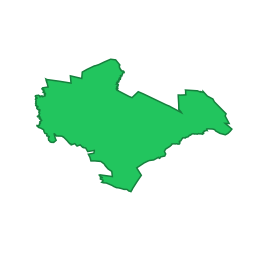 Ķoņu pag., Nauksenu, Latvia, rotated 20°
{"feature_id": "27541924B96049400347386", "entity_name": "Ķoņu pag.", "entity_type": "district", "adm_level": 2, "iso_a3": "LVA", "parent_name": "Latvia", "parent_adm1": "Nauksenu", "projection": "equal_earth", "projection_center": [25.349, 57.938], "detail": "fine", "context": "isolated", "style": "filled", "palette": "green", "viewbox_px": 256, "rotation_deg": 20, "n_neighbors": 0, "source": "geoboundaries", "source_scale": "gbopen_adm2", "svg_char_len": 5538}
<svg xmlns="http://www.w3.org/2000/svg" viewBox="0 0 256 256"><g transform="rotate(20 128 128)"><path d="M75.1,81.2L69.3,87.1L65.9,91.1L67.6,97.3L56.0,98.7L59.1,105.3L46.7,107.7L35.3,110.2L34.3,110.1L35.1,110.9L34.7,111.1L35.9,112.7L36.0,112.6L38.9,116.8L34.0,119.5L34.0,119.8L34.2,120.0L33.9,120.3L33.7,120.6L34.1,120.9L34.8,121.0L35.3,120.9L36.0,121.1L36.2,121.6L35.9,121.8L36.6,122.1L36.4,122.3L36.0,122.3L36.3,122.7L36.2,122.8L36.3,122.9L36.2,123.2L36.8,123.5L36.7,123.6L36.8,123.6L37.5,123.5L37.5,123.8L37.7,124.0L38.3,124.1L38.5,123.9L38.7,124.0L38.8,124.2L38.4,124.5L38.1,124.5L37.9,124.9L38.5,125.2L38.5,125.5L39.0,125.8L39.1,126.1L38.6,126.3L38.2,127.0L37.0,127.2L37.2,127.6L37.2,127.8L36.9,127.9L36.2,127.5L35.6,127.5L35.2,127.9L35.2,128.4L34.5,128.8L34.3,128.8L33.9,128.0L32.6,127.8L31.9,128.3L31.1,128.6L30.1,129.3L30.0,129.8L30.6,130.3L31.0,130.8L31.8,130.7L32.1,130.8L32.3,131.0L32.2,131.4L31.3,132.0L31.2,132.4L31.2,132.7L32.0,133.4L32.5,134.0L32.5,134.7L32.3,134.7L32.3,134.9L32.5,135.1L32.5,135.4L33.3,136.1L32.9,136.9L33.5,137.3L33.7,137.8L33.6,138.2L33.6,138.4L34.0,138.5L34.5,138.3L34.8,138.4L35.0,138.6L35.1,138.9L34.8,139.0L35.1,139.2L35.6,138.8L36.0,138.7L36.2,138.9L35.7,140.1L35.4,140.2L35.4,140.4L35.8,140.9L37.9,141.7L38.1,141.4L37.8,141.1L38.5,140.9L38.9,141.0L39.3,142.2L39.0,143.0L39.0,143.5L38.8,143.6L39.0,143.9L39.9,144.4L39.7,144.9L40.0,145.3L39.9,145.6L39.8,146.1L40.3,146.7L40.2,146.8L39.2,147.6L38.9,148.0L39.2,148.3L39.4,148.4L40.4,148.1L41.0,147.6L41.3,147.6L41.5,147.9L41.6,148.4L42.4,148.7L42.3,148.9L41.4,149.0L41.3,149.3L41.6,149.6L42.4,149.9L43.1,149.8L43.6,150.0L43.8,150.1L43.7,150.4L44.2,150.6L43.0,152.4L43.2,152.7L43.8,153.1L43.6,153.3L43.8,153.6L43.3,153.9L43.7,154.6L43.6,155.2L43.7,155.4L43.4,155.5L43.4,155.8L43.6,156.0L43.3,156.5L42.9,156.5L43.0,156.9L41.6,156.8L41.6,157.0L41.9,157.3L42.8,157.6L43.5,157.9L44.2,158.1L45.2,158.0L46.4,158.0L47.8,158.3L48.9,158.4L49.3,158.6L49.6,158.9L50.0,159.7L51.5,161.3L52.2,161.5L53.4,161.2L53.9,161.3L54.1,161.6L54.2,163.0L54.4,163.2L55.5,163.1L56.3,162.9L56.8,163.0L57.0,163.3L57.0,163.6L56.5,164.4L56.5,164.5L57.3,165.9L57.4,166.3L57.8,166.7L58.7,166.9L59.5,167.6L59.8,167.7L61.1,167.6L61.9,167.4L62.4,167.0L63.1,167.0L64.7,164.1L63.2,162.6L60.6,158.8L60.8,158.6L62.4,159.3L63.4,160.0L68.2,158.4L69.2,158.3L70.2,158.7L70.4,158.5L75.3,160.8L77.6,162.2L77.9,162.2L79.0,162.8L79.6,162.4L80.4,163.3L83.3,160.9L86.3,162.4L88.9,160.2L92.0,161.7L92.6,161.3L93.2,161.7L95.0,161.2L98.2,163.9L104.0,160.6L104.3,161.4L104.5,163.4L99.7,166.2L102.4,168.7L104.4,171.6L108.0,170.3L114.0,168.7L118.1,170.0L119.1,170.9L120.1,171.4L120.0,171.5L123.3,173.3L127.5,174.3L128.2,175.5L129.9,179.0L117.7,181.6L117.1,182.1L118.0,182.7L118.8,183.0L120.8,183.3L120.8,183.5L119.0,183.8L119.5,185.4L122.3,185.6L122.6,186.3L122.2,187.4L121.9,188.0L123.6,187.9L126.5,187.1L132.8,187.4L134.4,187.8L137.6,188.0L139.4,187.5L141.1,187.3L143.4,187.1L144.7,187.1L145.3,187.0L147.6,186.2L148.2,186.1L148.7,186.2L149.2,186.5L150.2,186.9L152.2,186.7L152.5,186.8L153.0,184.3L153.0,183.5L154.9,174.9L156.7,167.9L149.8,162.5L155.1,155.3L158.0,152.3L159.1,151.3L163.1,149.2L166.6,145.2L167.8,145.8L168.3,145.3L168.4,145.1L168.3,144.3L168.4,144.1L172.1,141.8L172.3,139.5L170.3,137.7L170.3,136.7L170.6,134.9L173.7,130.9L174.2,129.7L174.5,129.5L174.7,128.6L175.0,128.1L174.9,127.9L176.6,127.1L177.9,126.8L179.4,126.0L180.4,126.1L181.8,125.4L181.8,125.1L181.9,124.7L181.4,124.1L181.6,123.6L180.9,123.2L180.9,122.9L182.0,122.0L182.3,120.5L182.8,118.6L183.3,118.3L185.4,117.7L185.4,117.1L187.5,115.7L188.0,114.7L188.0,114.2L188.3,113.7L189.3,113.3L189.4,112.7L190.4,111.5L191.3,111.2L191.7,110.9L192.4,111.0L192.8,110.8L193.1,110.6L195.6,109.9L196.1,109.2L197.8,108.9L198.0,108.6L198.7,108.5L199.1,108.5L199.2,108.3L200.2,108.3L200.2,107.9L200.9,107.3L200.9,107.1L200.0,106.8L199.9,106.7L200.2,106.4L200.2,106.2L200.6,105.6L200.8,105.3L200.6,104.9L201.0,104.6L201.2,104.2L201.9,104.1L202.0,103.9L202.3,103.7L202.3,103.4L202.5,103.2L203.1,103.2L202.6,102.7L202.4,102.3L202.3,102.1L202.5,102.0L202.6,101.8L202.9,101.8L203.5,101.4L208.0,100.0L210.0,99.9L211.4,100.8L216.2,101.6L221.7,101.1L221.9,101.0L223.8,98.8L225.2,95.9L226.0,93.5L217.7,90.4L221.5,89.2L215.2,83.5L215.3,81.1L200.2,73.9L197.8,71.7L191.7,70.9L186.1,68.0L186.4,68.7L183.6,69.0L183.6,69.4L180.5,69.3L169.0,72.7L169.5,73.5L170.3,75.7L171.0,77.0L170.0,77.5L165.6,79.3L164.8,79.5L163.9,79.8L164.6,81.6L164.7,81.8L167.6,88.5L169.4,93.2L169.9,93.3L170.5,93.8L171.9,94.5L172.9,95.3L161.7,93.7L159.4,93.3L156.0,93.2L130.7,90.7L125.2,90.4L121.4,98.1L118.2,98.0L105.2,96.3L105.4,96.0L104.5,95.8L104.7,95.6L104.5,94.8L104.3,94.7L103.9,95.0L103.5,94.9L103.5,94.6L104.8,94.2L104.3,93.5L103.6,93.5L103.3,93.2L103.5,92.9L104.2,92.8L104.2,92.7L103.6,92.3L104.1,91.8L104.0,91.5L104.2,90.8L104.1,90.6L103.7,90.5L102.4,90.6L102.7,90.3L102.7,90.2L101.9,89.4L102.0,89.3L102.6,89.2L102.4,88.8L102.6,88.6L103.1,88.5L103.1,88.3L102.5,87.9L103.1,87.7L102.7,87.4L102.7,87.2L103.5,86.9L103.5,86.7L103.0,86.5L102.8,85.6L103.0,85.5L103.8,85.2L104.1,84.9L103.9,84.6L104.0,84.1L103.8,84.0L103.1,84.2L102.8,84.1L102.9,83.8L103.7,83.3L103.9,82.6L103.7,82.2L103.0,81.7L103.0,81.4L103.2,81.2L104.3,81.2L104.2,80.5L104.5,79.9L104.1,78.5L104.2,78.2L104.4,77.9L105.3,77.6L105.4,77.3L105.0,77.1L105.1,76.7L104.9,76.4L104.3,76.1L103.6,76.2L102.4,76.6L101.8,76.4L101.3,75.5L100.3,75.2L100.1,74.7L99.6,74.5L99.3,74.1L99.3,73.8L98.5,72.6L98.8,71.6L93.1,68.2L88.2,69.3L83.3,73.9L78.9,78.4L76.0,80.7L75.1,81.2Z" fill="#22c55e" stroke="#15803d" stroke-width="1.5"/></g></svg>